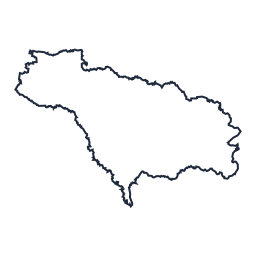 the district of Tierra Blanca, Veracruz, Mexico
{"feature_id": "50627088B91497262101236", "entity_name": "Tierra Blanca", "entity_type": "district", "adm_level": 2, "iso_a3": "MEX", "parent_name": "Mexico", "parent_adm1": "Veracruz", "projection": "orthographic", "projection_center": [-96.335, 18.527], "detail": "fine", "context": "isolated", "style": "outline", "palette": "slate", "viewbox_px": 256, "rotation_deg": 0, "n_neighbors": 0, "source": "geoboundaries", "source_scale": "gbopen_adm2", "svg_char_len": 5729}
<svg xmlns="http://www.w3.org/2000/svg" viewBox="0 0 256 256"><path d="M121.7,189.4L122.8,189.7L121.9,190.7L122.2,191.4L123.6,192.8L123.4,193.9L124.2,194.2L122.8,196.4L123.3,196.4L123.3,197.2L124.3,198.1L123.7,199.5L124.2,200.7L126.9,200.3L127.0,201.9L125.7,201.8L126.0,202.3L125.4,202.8L129.2,204.9L129.9,205.0L130.0,204.6L130.8,206.4L132.2,204.8L132.2,203.3L129.9,197.3L130.2,193.7L128.8,186.6L129.2,187.4L129.7,187.3L130.0,184.9L130.9,185.0L131.2,183.3L132.5,183.4L132.6,182.5L135.9,183.3L135.2,182.5L136.0,179.6L135.2,179.5L136.8,177.6L138.0,177.5L140.9,172.8L142.3,171.4L143.5,171.7L144.0,172.8L146.4,172.8L147.7,174.0L148.2,175.6L151.8,175.9L152.7,177.2L154.2,177.4L156.4,176.2L158.8,176.1L160.5,176.8L161.1,175.9L161.8,176.3L163.7,176.0L164.4,176.8L165.0,176.3L167.1,177.2L167.7,176.7L169.3,178.9L171.2,179.6L171.3,179.0L172.1,179.5L172.8,178.8L174.2,179.0L176.3,178.2L177.6,175.7L177.6,173.7L178.7,173.6L179.5,172.4L180.7,172.4L180.5,170.5L182.6,169.9L183.1,170.8L184.5,170.7L185.3,168.7L186.8,167.6L187.4,168.0L188.8,166.6L189.8,167.2L191.0,166.0L192.7,167.6L193.7,167.2L193.8,168.3L194.9,168.5L195.5,168.3L196.3,166.5L198.9,167.2L200.9,169.4L203.7,170.6L205.0,169.5L206.9,171.1L209.0,170.1L210.4,168.6L211.9,168.6L212.3,169.7L215.5,171.8L216.8,174.0L217.6,174.3L219.2,173.7L219.8,172.3L221.3,172.7L221.9,173.2L221.9,174.7L222.6,176.0L223.3,176.7L224.3,176.8L224.3,178.2L227.4,178.7L228.7,177.6L229.0,176.4L232.1,175.7L233.9,174.0L235.0,174.2L235.2,173.0L237.9,168.9L237.8,164.5L236.0,161.8L234.8,161.5L233.0,162.4L232.3,161.9L232.1,161.2L233.4,158.7L232.3,156.9L233.0,153.2L234.7,151.1L236.0,150.6L235.9,148.9L237.0,148.8L237.8,149.8L238.8,148.9L238.5,148.1L237.2,147.3L237.8,145.7L237.6,144.3L235.6,145.9L232.3,145.2L231.1,145.6L228.5,144.2L228.5,142.9L227.9,142.6L233.4,137.6L237.7,135.4L240.6,131.4L237.8,127.7L234.3,128.0L232.5,126.4L228.7,125.1L228.6,124.0L230.8,121.6L230.9,118.3L229.8,117.4L229.3,115.0L227.6,113.3L225.7,113.9L223.0,112.4L222.6,109.8L220.7,110.3L220.3,109.9L220.8,108.9L220.4,108.1L219.1,108.6L218.9,107.4L220.2,106.2L219.7,105.4L220.4,104.8L220.1,103.1L219.0,103.0L217.2,101.6L214.9,102.8L213.0,102.1L212.9,100.8L211.7,100.2L211.5,100.8L210.2,100.3L209.7,101.2L209.3,100.6L209.1,101.4L208.4,100.8L207.9,101.1L207.4,100.7L207.5,99.3L206.5,98.0L202.0,96.6L197.0,97.1L197.0,98.2L196.3,98.5L191.2,98.4L191.1,100.4L189.4,100.7L189.0,99.9L186.2,98.9L186.3,96.6L185.4,96.0L183.7,91.7L182.1,92.0L181.7,90.9L179.0,88.5L177.2,85.3L176.1,85.6L175.5,85.0L174.6,82.9L173.0,83.0L172.2,82.0L171.6,82.7L170.6,82.0L169.5,83.7L168.2,83.0L167.0,83.8L165.7,83.4L163.7,84.5L161.9,87.5L160.7,85.5L156.8,83.6L155.5,83.8L155.4,82.9L154.8,83.6L154.7,82.5L153.3,84.3L152.8,83.7L152.4,84.5L151.4,83.4L149.0,84.3L147.7,83.8L147.2,82.9L147.6,81.7L146.9,81.5L147.0,80.8L145.6,80.7L145.4,79.9L143.4,80.3L141.6,79.4L140.5,78.0L138.5,77.4L138.1,77.8L137.5,76.6L136.9,77.3L135.9,76.4L135.0,76.6L134.7,77.8L133.7,77.9L133.4,79.0L132.4,79.4L132.0,79.4L132.0,78.3L130.6,78.9L129.2,78.1L128.9,78.7L128.4,77.7L126.8,77.6L125.5,76.6L123.9,76.5L123.1,77.3L122.0,76.7L118.9,76.9L118.9,75.9L116.8,74.4L116.8,73.1L114.5,72.9L114.2,71.9L112.0,69.8L111.0,69.9L110.7,68.2L107.8,66.7L106.0,66.9L106.1,67.5L104.7,68.8L102.4,69.6L101.9,68.7L100.4,68.9L100.4,68.1L99.7,68.0L97.6,68.2L96.2,69.9L95.1,69.1L94.0,69.3L93.8,68.8L91.8,69.8L90.6,69.1L89.1,71.0L87.7,69.9L86.7,69.7L86.4,70.4L85.6,70.5L83.8,69.9L81.8,66.9L81.8,63.8L82.8,63.2L85.0,63.6L86.5,65.1L87.1,64.0L86.7,62.6L85.4,62.6L83.4,60.0L81.8,59.4L81.8,56.5L82.7,55.8L81.8,54.9L81.8,51.9L82.3,51.6L81.8,50.2L81.1,49.9L77.5,50.5L74.9,49.6L73.2,50.0L73.3,51.1L72.9,51.3L71.7,51.2L71.4,50.5L70.6,50.2L69.9,51.6L69.1,51.1L67.7,51.8L65.9,50.1L64.4,50.7L63.3,50.4L62.0,51.5L61.2,51.2L60.6,52.0L59.5,51.8L58.7,53.1L57.5,53.8L54.6,54.9L53.9,54.6L53.1,55.5L50.5,54.5L49.6,54.8L47.8,53.9L47.6,52.9L46.7,53.6L44.3,52.2L38.3,51.5L37.2,52.0L33.2,50.8L32.6,52.1L30.6,50.8L30.6,51.3L29.8,51.4L29.5,53.3L32.4,53.7L32.1,56.0L34.1,56.4L34.7,57.4L35.5,57.2L36.4,58.0L36.6,62.1L33.1,62.1L33.2,63.6L30.3,63.2L29.0,64.7L28.1,63.0L25.7,64.3L26.5,66.0L25.6,67.5L26.7,68.4L28.5,68.7L28.0,72.2L26.4,72.7L24.6,71.9L24.2,72.8L22.3,73.8L19.9,73.1L19.0,79.1L20.1,79.8L19.5,80.7L20.8,81.0L21.1,83.3L20.0,83.0L18.6,85.1L18.1,85.0L15.4,89.7L17.3,90.9L17.3,92.0L18.9,93.3L19.8,94.8L20.6,94.4L22.7,95.0L24.7,97.0L26.7,97.2L27.9,98.7L28.8,98.9L28.8,99.6L30.7,100.8L31.5,100.7L31.6,101.4L32.3,101.3L33.8,102.7L33.8,103.2L35.7,103.6L36.7,104.9L37.3,104.6L38.6,105.9L45.4,105.7L45.9,107.0L46.8,107.3L48.4,106.8L48.5,106.1L50.9,105.9L51.4,106.8L53.5,107.4L53.6,108.2L53.9,107.7L54.8,107.8L55.0,106.8L56.1,107.2L56.6,105.3L58.2,105.8L58.8,105.5L59.1,106.1L59.8,105.3L63.6,108.3L65.0,108.0L64.9,108.7L67.5,108.8L68.1,109.9L69.1,110.2L68.9,111.2L70.4,111.0L71.0,112.1L72.0,111.0L73.1,111.3L73.4,112.2L74.4,112.2L75.4,115.5L76.6,117.1L76.0,117.1L75.2,120.0L76.8,121.4L77.1,122.9L77.7,122.8L77.9,124.6L79.2,125.3L79.9,125.0L80.2,126.4L81.3,126.4L81.1,127.5L83.0,128.7L85.6,133.1L87.1,134.1L87.2,135.0L86.1,137.3L86.8,138.3L88.5,138.2L88.3,139.3L88.9,139.7L89.6,142.8L89.1,144.2L90.4,146.4L87.9,146.7L88.0,148.7L89.0,149.2L89.9,150.8L92.6,149.7L92.5,150.8L93.8,152.6L93.1,153.8L93.8,157.0L93.0,157.5L94.2,158.3L93.2,159.9L95.6,159.9L96.5,160.9L97.9,159.7L97.1,161.0L97.4,161.7L98.3,161.8L97.7,162.9L97.9,164.1L99.3,163.7L99.8,165.6L101.6,164.9L102.5,165.4L103.2,168.1L105.4,168.1L105.0,169.1L107.7,170.9L107.5,171.9L109.1,171.1L109.3,170.2L110.6,170.7L111.6,173.9L113.4,175.0L112.1,176.4L112.9,178.1L111.9,178.6L112.5,180.9L115.2,183.3L115.5,182.8L116.2,183.2L116.7,181.8L118.1,182.0L117.6,184.1L116.7,184.4L120.5,186.4L121.5,186.2L122.8,187.4L121.7,188.9L122.5,189.1L121.7,189.4Z" fill="none" stroke="#1e293b" stroke-width="2"/></svg>